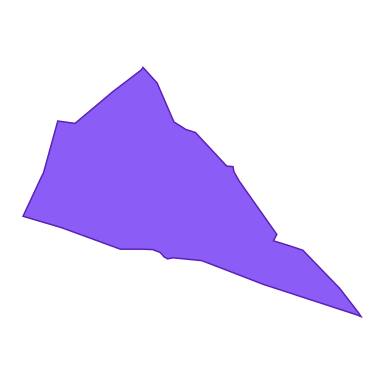 Caldeirão Grande, Bahia, Brazil
{"feature_id": "56859067B57700973719818", "entity_name": "Caldeirão Grande", "entity_type": "district", "adm_level": 2, "iso_a3": "BRA", "parent_name": "Brazil", "parent_adm1": "Bahia", "projection": "natural_earth1", "projection_center": [-40.178, -11.037], "detail": "fine", "context": "isolated", "style": "filled", "palette": "violet", "viewbox_px": 384, "rotation_deg": 0, "n_neighbors": 0, "source": "geoboundaries", "source_scale": "gbopen_adm2", "svg_char_len": 661}
<svg xmlns="http://www.w3.org/2000/svg" viewBox="0 0 384 384"><path d="M361.0,316.6L359.0,313.4L356.4,310.0L339.8,288.5L302.8,250.2L289.8,245.9L273.5,240.8L276.8,234.4L239.3,181.2L233.9,171.7L233.0,166.6L226.7,166.1L213.3,151.7L195.4,132.5L185.9,129.5L174.0,122.0L171.6,116.6L157.1,83.0L143.0,67.4L141.3,69.9L122.1,84.6L113.0,91.5L75.0,123.4L57.8,121.0L43.5,172.8L41.9,175.9L23.0,216.3L61.3,227.6L120.4,249.2L142.1,249.2L152.9,249.6L155.9,250.9L159.5,252.1L161.9,254.2L163.8,256.7L167.6,258.9L172.9,257.8L201.6,260.6L219.1,267.3L255.6,281.4L263.4,284.4L303.0,297.3L310.3,299.7L356.6,314.8L361.0,316.6Z" fill="#8b5cf6" stroke="#5b21b6" stroke-width="1.5"/></svg>